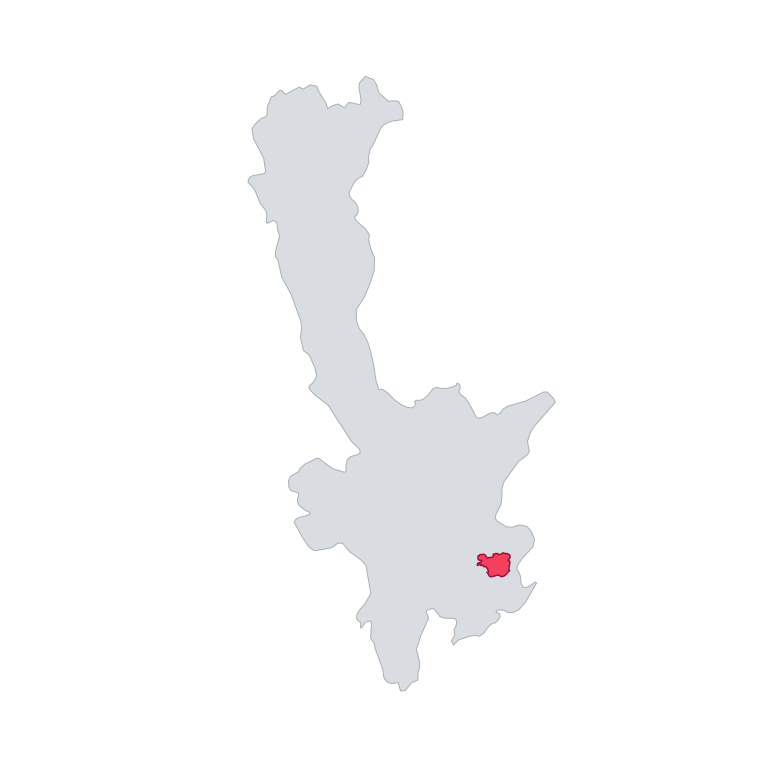 location of Pha Oudom, Bokeo, Laos, rotated 200°
{"feature_id": "54806243B51169476275365", "entity_name": "Pha Oudom", "entity_type": "district", "adm_level": 2, "iso_a3": "LAO", "parent_name": "Laos", "parent_adm1": "Bokeo", "projection": "natural_earth1", "projection_center": [100.874, 20.197], "detail": "fine", "context": "in_parent", "style": "filled", "palette": "rose", "viewbox_px": 768, "rotation_deg": 200, "n_neighbors": 0, "source": "geoboundaries", "source_scale": "gbopen_adm2", "svg_char_len": 8081}
<svg xmlns="http://www.w3.org/2000/svg" viewBox="0 0 768 768"><g transform="rotate(200 384 384)"><path d="M284.3,109.0L287.4,115.3L301.8,132.3L304.3,136.8L309.6,140.4L314.1,155.4L315.9,156.4L318.3,155.3L320.1,153.2L321.6,147.4L322.6,146.8L324.2,151.6L328.3,153.0L330.0,155.1L330.6,158.7L330.0,162.5L326.7,171.0L324.7,182.5L338.8,207.2L344.8,210.6L358.8,214.6L368.4,220.1L372.8,218.8L377.0,212.6L382.1,209.2L391.5,203.9L394.2,203.7L399.5,205.7L408.1,211.9L421.2,223.4L420.7,226.5L418.4,229.4L411.5,234.0L409.2,236.9L410.6,238.0L416.4,238.8L423.2,241.3L425.4,244.4L426.5,251.2L427.8,252.5L434.1,251.8L436.1,252.7L438.4,254.9L440.6,260.6L440.6,264.9L434.4,272.4L433.7,276.9L430.4,282.2L421.8,291.2L419.5,291.8L403.5,286.8L390.8,287.5L389.8,289.4L392.0,294.8L392.6,300.2L390.7,304.3L383.4,309.6L383.1,311.9L384.6,314.3L395.3,319.1L429.3,345.0L444.8,349.9L451.6,353.2L453.4,355.0L453.3,357.3L451.6,360.2L450.1,365.2L450.1,368.3L451.7,371.2L454.5,375.6L464.0,385.5L471.0,387.8L478.4,399.0L480.6,408.9L484.2,415.3L502.0,436.5L516.8,449.6L525.7,463.7L530.0,466.9L531.4,472.0L532.6,486.9L537.8,494.3L538.9,497.3L541.1,499.5L543.5,500.0L548.7,495.1L549.8,495.8L552.2,503.6L554.3,506.5L562.1,511.3L570.5,520.8L575.0,524.2L580.6,526.9L581.4,529.9L580.4,533.0L578.6,534.9L569.0,540.4L567.8,542.8L574.2,554.9L590.4,569.8L595.4,578.8L594.4,583.1L590.0,591.9L586.7,594.2L585.9,597.0L588.4,604.1L588.2,615.1L585.2,617.7L582.4,624.4L580.4,624.9L575.5,622.5L565.3,634.0L560.8,633.4L555.7,639.9L549.1,640.8L544.5,635.9L534.6,628.2L531.1,623.4L528.0,627.6L522.9,631.5L515.6,630.1L513.7,635.9L512.3,637.0L503.4,638.0L501.8,638.9L503.2,644.2L508.5,653.1L510.1,658.2L506.9,666.7L497.8,666.4L493.6,663.0L488.4,655.9L476.7,651.2L468.9,654.4L466.5,654.3L460.6,648.3L458.4,644.4L457.1,638.7L466.0,634.0L470.5,630.4L473.4,626.6L474.6,622.6L476.0,605.9L477.3,600.1L476.5,592.9L474.1,587.2L474.0,578.7L475.2,571.9L478.6,568.4L480.9,563.5L482.3,552.4L481.2,549.5L477.9,546.8L472.2,544.2L468.7,541.0L467.2,537.0L467.3,533.6L469.0,530.6L464.7,527.3L454.5,523.6L448.8,519.2L447.6,514.1L443.3,507.4L435.9,499.1L432.0,487.1L431.5,471.5L432.3,458.8L435.4,444.1L431.1,433.5L426.4,427.8L419.8,423.7L413.6,417.8L407.7,410.1L400.5,398.7L392.2,383.7L386.7,376.9L383.8,378.5L377.9,377.1L368.8,372.7L360.8,370.4L354.1,370.1L349.7,371.0L347.7,373.3L347.5,375.6L349.2,377.9L348.3,379.6L344.8,380.9L341.9,383.3L338.7,388.9L336.5,396.1L333.2,398.9L328.0,399.5L322.9,401.6L317.9,405.1L315.5,407.7L315.8,409.6L314.7,410.0L312.3,409.0L311.1,406.6L311.2,402.8L308.7,400.3L303.4,399.0L297.4,394.9L286.0,384.5L283.4,384.1L279.7,386.8L274.8,392.6L270.8,394.9L267.6,393.7L265.2,395.8L263.5,401.1L260.3,405.3L245.0,416.5L231.3,431.0L227.8,432.3L219.4,428.2L216.8,425.4L228.2,395.8L229.9,388.6L229.6,379.1L224.7,371.1L224.5,368.8L225.2,366.4L231.1,357.2L237.8,333.5L237.5,326.2L234.5,318.1L232.9,310.4L234.2,299.9L233.7,295.9L230.5,293.8L220.0,291.7L214.0,293.4L211.1,296.3L207.6,298.1L201.0,299.1L194.7,295.5L189.5,289.5L188.3,282.2L194.8,266.3L196.4,260.2L196.2,257.3L195.1,254.3L193.5,253.9L190.2,250.2L187.0,243.6L183.9,240.6L181.0,241.2L178.3,243.7L174.0,249.9L172.6,249.1L176.4,227.2L180.1,217.9L184.4,213.6L188.9,211.7L193.7,212.4L197.7,211.6L200.9,209.3L200.6,208.0L196.8,207.7L195.3,205.2L196.1,200.6L197.8,197.5L200.4,196.2L202.9,191.5L205.3,183.5L208.3,179.4L211.8,179.3L217.8,175.9L226.3,169.1L229.5,162.6L232.8,165.6L231.6,173.2L233.3,174.8L234.0,177.5L233.6,181.7L234.3,185.3L235.6,187.0L237.5,187.9L246.5,184.8L252.0,184.6L261.0,190.2L266.3,186.0L266.4,184.5L262.0,179.3L263.3,160.1L262.7,145.5L255.3,134.7L253.8,130.4L253.0,123.3L250.9,117.3L256.2,112.4L259.0,103.5L262.8,101.3L263.9,101.7L268.5,108.4L274.2,105.0L278.6,105.0L282.3,106.8L284.3,109.0Z" fill="#d9dde1" stroke="#a8b0b8" stroke-width="1"/><path d="M233.8,245.6L233.6,245.8L233.4,246.1L233.3,246.3L233.1,246.6L232.9,246.9L232.6,247.1L232.3,247.0L232.1,247.2L232.1,247.4L232.0,247.8L231.8,247.9L231.5,247.6L231.4,246.8L231.1,246.6L230.8,246.6L230.4,246.9L229.8,247.1L229.1,247.2L228.6,247.3L228.3,247.3L228.2,247.0L228.0,246.6L227.8,246.5L227.5,246.5L226.9,246.8L226.5,246.9L226.2,247.1L225.9,247.2L225.5,247.1L225.2,246.9L224.8,246.7L224.6,246.3L224.2,246.2L223.8,246.1L223.3,245.8L223.2,245.4L223.1,245.0L222.7,244.8L222.4,244.6L222.2,244.2L221.9,243.9L221.6,243.8L221.6,243.4L221.7,242.9L221.8,242.6L222.0,242.6L222.3,242.5L222.6,242.3L222.4,242.2L222.2,241.9L221.9,241.7L221.6,241.5L221.5,241.4L221.3,241.3L221.1,241.1L220.8,240.9L220.6,240.6L220.1,240.2L219.9,240.1L219.5,239.7L219.4,239.7L219.1,239.5L218.8,239.4L218.5,239.3L218.2,239.3L217.9,239.4L217.6,239.5L216.9,239.8L216.6,239.9L216.0,240.3L215.7,240.5L215.3,240.8L215.0,241.0L214.6,241.3L214.3,241.4L214.2,241.6L213.9,241.8L213.7,242.1L213.3,242.4L212.4,243.0L212.2,243.1L211.9,243.2L211.6,243.4L211.4,243.4L211.1,243.5L210.9,243.6L210.5,243.6L210.3,243.6L210.0,243.5L209.8,243.4L209.4,243.3L209.1,243.2L208.8,243.2L208.5,243.1L208.1,243.1L207.8,243.2L207.6,243.2L207.2,243.3L206.7,243.7L206.1,244.1L205.9,244.3L205.6,244.6L205.3,245.0L205.0,245.3L204.9,245.5L204.7,245.9L204.6,246.1L204.4,246.5L204.3,246.8L204.1,247.2L203.9,247.6L203.7,248.1L203.7,248.3L203.5,248.7L203.3,249.1L203.2,249.4L203.1,249.7L202.9,250.1L202.8,250.4L202.6,250.8L202.3,251.1L202.2,251.3L202.3,251.3L202.4,251.6L202.6,251.7L202.8,252.0L203.0,252.4L203.2,252.7L203.4,252.9L203.5,253.1L203.7,253.6L203.8,254.2L203.8,254.5L203.9,255.2L204.0,255.6L204.0,256.0L204.1,256.4L204.2,256.9L204.3,257.3L204.3,257.8L204.5,258.3L204.5,258.6L204.5,259.0L204.6,259.3L204.8,259.9L205.2,260.4L205.3,260.4L205.5,260.5L205.8,260.6L205.9,260.4L206.0,260.3L206.3,260.4L206.3,260.5L206.5,260.5L206.8,260.7L207.0,260.7L207.1,260.8L207.2,261.0L207.1,261.3L207.0,261.5L206.9,261.6L207.0,261.8L206.9,261.9L206.9,262.0L206.7,262.1L206.7,262.3L206.5,262.5L206.4,262.8L206.3,263.0L206.3,263.3L206.3,263.5L206.3,263.8L206.3,264.0L206.3,264.3L206.4,264.5L206.5,264.7L206.6,264.8L206.8,264.9L206.8,265.0L206.9,265.3L207.0,265.3L207.0,265.5L207.0,265.8L207.1,266.1L207.3,266.3L207.6,266.4L208.1,266.5L208.5,266.6L208.9,266.6L209.1,266.6L209.3,266.5L209.5,266.5L209.8,266.7L210.0,266.8L210.1,266.7L210.3,266.8L210.5,266.7L210.8,266.5L210.8,266.4L210.7,266.4L210.8,266.3L210.9,266.2L211.0,266.2L211.3,266.2L211.5,266.1L212.1,266.2L212.3,266.3L212.5,266.3L212.8,266.2L213.0,266.2L213.3,266.0L213.5,265.9L213.6,266.0L213.8,266.1L214.0,266.0L214.2,265.9L214.3,266.0L214.5,266.0L214.7,265.7L214.9,265.4L215.1,265.1L215.2,264.8L215.4,264.6L215.5,264.4L215.8,264.2L216.3,263.9L216.6,263.7L216.9,263.4L217.2,263.3L217.9,262.8L218.0,262.9L218.1,263.1L218.3,263.2L218.8,263.4L219.1,263.4L219.4,263.4L219.6,263.3L219.9,263.2L220.1,263.2L220.4,263.1L220.9,263.0L221.0,262.8L221.1,262.7L221.3,262.7L221.5,262.5L221.7,262.4L221.9,262.3L221.9,262.2L222.2,261.9L222.5,261.8L222.9,261.6L223.1,261.4L223.0,260.9L222.9,260.7L222.7,260.6L222.4,260.4L222.3,260.2L222.6,260.0L222.6,259.8L222.5,259.4L222.5,259.1L222.5,258.8L222.8,258.7L223.2,258.2L223.3,258.0L223.5,258.0L224.0,257.8L224.1,257.7L224.4,257.3L224.7,257.2L225.0,257.1L225.7,256.9L225.8,256.9L226.0,256.7L226.3,256.7L226.5,256.4L226.8,256.2L227.1,256.2L227.4,256.1L227.8,256.1L228.1,256.2L228.2,256.5L228.4,256.6L228.7,256.7L229.0,256.8L229.2,257.1L229.7,257.5L230.0,257.6L230.2,257.8L230.6,258.0L230.9,258.1L231.4,258.1L231.8,258.1L232.2,258.1L232.4,258.1L232.5,257.9L233.2,257.4L233.5,257.2L233.8,257.1L234.1,257.0L234.4,257.1L234.9,256.8L235.1,256.7L235.3,256.5L235.6,256.2L235.7,255.9L235.7,255.7L236.0,255.2L236.5,254.9L236.8,254.4L236.8,254.0L236.7,253.8L236.4,253.5L236.3,253.3L236.1,253.0L236.0,252.7L235.9,252.2L235.9,251.9L235.8,251.7L235.4,251.3L235.2,251.2L234.7,251.2L234.3,251.2L234.1,251.1L233.9,251.0L233.7,251.1L233.3,251.3L233.1,251.4L232.7,251.5L232.2,251.6L231.7,251.4L231.5,251.0L231.4,250.7L231.6,250.3L231.9,250.2L232.2,249.9L232.4,249.6L232.6,249.3L232.8,249.0L232.8,248.7L233.0,248.6L233.4,248.6L233.7,248.4L233.9,248.1L234.2,247.9L234.6,247.6L234.6,247.1L234.6,246.9L234.5,246.3L234.4,245.9L234.3,245.6L234.2,245.6L233.8,245.6Z" fill="#f43f5e" stroke="#9f1239" stroke-width="1.5"/></g></svg>